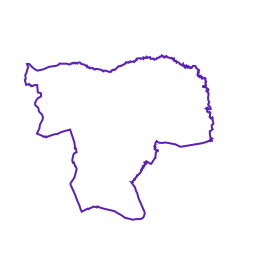 Phlapphla Chai, Buri Ram, Thailand, rotated 343°
{"feature_id": "78962969B51110363980363", "entity_name": "Phlapphla Chai", "entity_type": "district", "adm_level": 2, "iso_a3": "THA", "parent_name": "Thailand", "parent_adm1": "Buri Ram", "projection": "mercator", "projection_center": [103.201, 14.722], "detail": "fine", "context": "isolated", "style": "outline", "palette": "violet", "viewbox_px": 256, "rotation_deg": 343, "n_neighbors": 0, "source": "geoboundaries", "source_scale": "gbopen_adm2", "svg_char_len": 5772}
<svg xmlns="http://www.w3.org/2000/svg" viewBox="0 0 256 256"><g transform="rotate(343 128 128)"><path d="M160.0,64.8L157.2,64.2L157.0,64.6L156.4,64.5L156.2,65.4L155.3,65.4L154.8,66.0L153.9,65.9L153.9,66.2L153.5,66.6L152.6,66.4L152.2,65.9L150.2,65.6L149.8,65.4L149.6,65.0L149.0,65.3L148.7,65.1L148.1,65.6L148.0,65.3L147.2,65.4L146.5,64.9L146.0,65.1L145.5,64.8L145.5,65.1L144.8,65.2L144.5,65.6L143.4,65.6L142.6,66.2L141.8,66.1L140.9,66.4L140.1,66.2L139.6,66.6L139.3,66.5L138.9,66.7L137.6,66.5L137.5,66.2L137.2,66.1L135.7,66.7L134.8,67.4L133.9,67.7L132.4,68.6L132.0,68.1L131.2,68.4L130.5,67.9L130.1,67.9L129.5,68.1L129.5,68.4L127.9,69.0L127.8,69.3L127.2,68.9L126.0,68.7L125.8,68.3L123.2,66.6L121.6,66.1L121.1,66.7L120.4,66.2L120.0,65.1L119.5,64.6L115.2,62.2L114.5,62.1L114.4,62.4L113.8,62.5L112.4,61.9L112.3,61.0L111.7,60.1L110.8,60.0L110.1,60.1L108.6,59.5L108.8,58.7L106.8,58.0L107.1,57.2L106.9,57.1L107.1,56.6L107.0,56.3L106.2,56.3L105.1,55.2L105.0,54.7L103.1,53.8L101.7,52.6L101.4,51.5L101.0,51.2L99.4,50.9L98.4,51.0L98.3,51.3L97.9,50.9L96.7,50.9L96.5,50.2L95.5,50.3L95.4,49.9L94.3,50.0L94.0,49.7L93.6,49.9L92.7,49.6L92.5,50.0L90.5,50.2L88.4,48.6L84.1,47.4L81.3,46.3L80.3,47.3L77.7,47.5L70.3,46.4L64.3,47.1L58.2,46.7L56.2,44.7L54.2,41.8L52.4,38.2L51.8,37.6L50.0,37.3L50.4,40.6L49.2,42.1L46.9,45.7L45.3,47.2L44.5,51.2L43.4,51.8L43.2,57.0L46.3,57.0L46.4,58.0L47.3,58.4L47.6,59.5L48.3,59.5L48.5,60.0L51.2,59.6L53.7,60.4L52.2,67.4L52.4,67.9L54.7,69.0L54.9,69.8L54.7,70.7L53.9,72.4L50.4,73.2L48.4,74.7L46.5,76.7L46.1,78.3L46.3,79.7L48.0,82.2L48.1,83.3L47.7,85.7L47.8,86.5L49.6,89.7L49.8,90.8L49.8,92.9L48.7,95.1L44.8,99.0L43.1,102.6L39.3,106.7L44.6,111.2L44.7,111.8L46.8,112.0L47.1,113.0L48.7,112.7L55.7,112.5L58.9,113.1L62.6,112.4L66.5,112.4L72.2,112.6L72.2,113.4L72.5,126.1L71.6,131.4L71.2,131.6L71.1,132.1L72.2,132.4L71.7,136.2L69.4,136.4L67.8,137.8L65.5,142.1L65.2,143.1L65.1,145.0L66.1,145.0L66.3,148.9L66.6,148.9L67.0,152.1L62.7,159.1L60.9,160.9L57.1,163.8L56.8,164.2L56.5,165.5L57.9,176.2L58.2,182.3L58.9,188.1L58.9,191.8L59.3,194.5L65.7,193.3L66.7,194.1L67.1,193.7L69.7,193.5L71.7,193.0L72.0,193.3L74.3,194.1L74.5,194.4L75.5,194.0L75.8,194.2L75.7,194.7L76.4,194.5L76.7,194.9L80.5,197.6L90.8,203.6L93.2,206.4L96.0,209.2L99.0,213.1L99.8,213.7L100.8,214.0L105.7,217.1L109.4,217.6L113.1,218.7L114.7,218.7L116.4,218.0L117.6,216.8L118.7,215.1L119.3,213.6L117.8,200.4L117.5,196.8L117.8,192.9L117.3,190.8L117.3,186.8L115.3,180.8L116.2,181.3L116.8,181.2L116.9,180.4L117.5,179.8L119.5,179.4L119.5,179.1L119.0,178.8L119.1,178.5L120.2,178.4L121.0,177.5L122.3,177.1L122.6,175.9L123.9,176.0L124.4,175.4L125.6,175.1L127.3,173.9L128.3,171.9L129.1,172.2L129.4,170.7L130.3,170.7L130.6,169.9L130.9,170.4L131.2,170.4L131.2,169.8L131.5,169.4L131.3,169.0L131.4,168.6L131.7,168.5L132.6,169.0L133.4,168.1L133.9,168.0L133.6,167.4L133.8,167.0L134.3,166.7L135.0,166.9L134.8,166.2L133.6,166.2L133.6,165.7L134.7,165.7L135.8,165.1L139.1,168.8L139.7,169.1L144.8,164.7L145.5,164.7L145.6,164.4L145.4,164.1L146.8,161.5L147.0,160.4L148.4,158.7L149.5,159.0L150.1,158.4L150.1,158.0L148.4,157.4L147.7,156.6L147.9,156.0L147.4,156.2L147.2,155.7L148.2,154.5L148.0,153.8L148.6,153.9L148.2,152.8L149.2,151.9L149.6,151.8L149.8,150.4L151.5,148.9L152.4,150.2L153.7,151.3L156.6,152.4L158.7,152.6L160.4,153.2L168.2,157.3L169.4,158.2L171.3,160.2L173.1,161.4L194.3,164.2L198.4,164.3L200.4,164.2L200.8,163.9L204.7,164.8L204.8,164.4L204.5,164.0L203.8,163.6L203.4,164.0L203.3,163.1L203.8,163.0L204.1,162.0L204.9,162.1L204.0,161.2L204.6,157.2L205.1,156.2L205.1,155.5L205.5,154.8L206.8,154.7L207.3,154.5L207.9,154.0L208.4,154.0L208.3,153.5L208.6,153.2L208.3,152.3L209.0,149.6L210.8,149.0L211.2,147.3L211.1,145.8L211.4,145.3L211.2,144.1L212.0,143.2L211.7,142.5L211.1,142.9L210.1,143.1L209.2,141.4L209.3,141.1L209.9,140.7L210.4,139.0L211.2,137.8L210.8,136.6L209.4,136.6L208.5,135.3L209.4,133.7L208.1,132.1L209.9,131.6L210.3,131.9L210.2,132.8L210.4,133.3L211.5,134.0L212.7,133.9L212.8,132.3L211.5,129.1L211.8,128.5L213.1,127.4L212.9,125.3L213.1,123.8L213.6,122.0L214.8,119.6L215.2,118.1L214.4,117.2L214.4,116.2L213.8,115.4L214.4,114.9L214.7,115.7L215.2,115.8L215.5,115.8L216.1,114.9L215.8,113.8L214.8,112.6L213.2,111.3L212.0,110.8L211.7,110.4L211.9,110.0L214.4,110.0L214.7,110.2L215.0,111.1L215.2,107.2L216.0,106.9L216.3,106.5L215.9,104.4L216.7,103.6L216.5,103.0L215.8,102.4L213.2,102.5L213.0,102.2L213.7,100.8L213.0,99.8L212.0,98.7L211.8,98.7L212.2,100.2L212.0,100.5L211.4,100.5L210.1,98.5L210.0,97.2L211.7,95.8L211.1,95.1L212.0,93.8L212.7,94.0L212.9,93.8L212.7,93.1L210.8,90.8L210.7,88.5L208.9,87.7L208.1,87.7L207.6,88.3L206.9,88.4L206.5,89.1L205.2,89.0L204.6,88.4L205.2,88.0L204.5,87.7L204.1,87.0L203.8,87.5L202.9,87.9L202.6,87.7L202.7,87.0L201.7,86.9L202.0,86.3L202.5,85.7L202.2,85.2L200.9,85.4L201.1,87.0L200.5,87.2L200.4,86.6L199.9,86.4L199.7,85.9L200.1,85.0L200.1,84.6L199.7,84.5L199.7,85.0L199.2,84.8L199.3,84.5L199.0,83.8L198.7,83.8L199.1,83.3L199.2,82.9L198.4,83.4L197.0,82.8L196.8,82.3L196.3,82.1L196.2,81.0L195.6,80.2L194.3,79.3L193.8,79.5L193.9,79.1L193.5,78.3L193.6,78.0L193.0,78.0L192.8,77.6L192.3,77.8L191.6,77.0L192.4,75.1L192.3,74.8L190.8,75.0L190.9,74.4L190.3,73.7L189.4,73.8L188.3,72.9L187.6,72.8L187.3,72.3L186.0,71.7L186.1,71.0L185.7,70.4L185.3,70.6L184.4,70.5L184.2,70.9L183.8,70.9L183.6,71.3L183.4,71.3L182.8,70.8L182.6,69.6L181.7,68.6L181.4,69.3L179.7,69.0L179.2,69.1L179.0,69.7L178.0,69.5L177.0,70.0L176.0,69.6L175.8,70.0L175.1,70.4L174.4,70.2L173.2,70.4L172.7,69.2L172.3,68.9L171.6,69.1L170.6,68.4L169.8,68.4L169.5,67.4L169.7,66.8L169.0,66.8L168.0,66.3L167.5,66.5L167.3,66.1L166.5,66.3L166.3,65.5L165.7,66.1L165.2,65.8L164.9,66.1L164.3,65.8L164.0,65.9L163.6,65.4L163.5,65.8L163.0,66.3L162.8,65.5L162.4,65.9L161.5,65.5L160.3,65.6L160.0,64.8Z" fill="none" stroke="#5b21b6" stroke-width="2"/></g></svg>